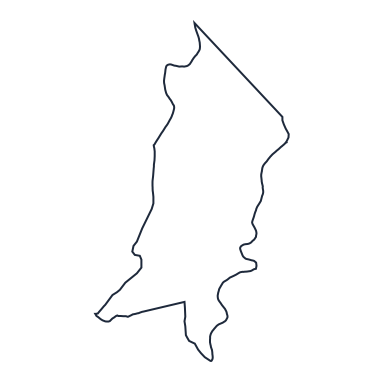 Morne Palama, Choiseul, Saint Lucia (Robinson projection)
{"feature_id": "8701671B53815212038994", "entity_name": "Morne Palama", "entity_type": "district", "adm_level": 2, "iso_a3": "LCA", "parent_name": "Saint Lucia", "parent_adm1": "Choiseul", "projection": "robinson", "projection_center": [-61.04, 13.788], "detail": "fine", "context": "isolated", "style": "outline", "palette": "slate", "viewbox_px": 384, "rotation_deg": 0, "n_neighbors": 0, "source": "geoboundaries", "source_scale": "gbopen_adm2", "svg_char_len": 6054}
<svg xmlns="http://www.w3.org/2000/svg" viewBox="0 0 384 384"><path d="M211.0,361.0L211.5,360.8L211.7,360.5L212.0,360.0L212.5,359.0L212.7,357.8L212.7,356.9L212.6,355.8L212.5,354.9L212.4,354.5L212.3,352.4L212.1,350.8L212.0,350.2L211.9,349.6L211.6,349.0L211.3,348.0L211.0,347.2L210.7,345.5L210.4,344.4L210.2,343.3L210.0,342.4L210.0,341.6L210.0,340.4L210.0,339.5L210.1,338.7L210.1,337.8L210.1,336.6L210.2,336.1L210.5,334.9L210.9,333.7L211.2,333.1L211.5,332.5L212.0,331.7L212.6,330.7L213.0,330.3L213.9,329.2L214.2,328.8L214.5,328.4L215.2,327.7L215.4,327.4L216.0,326.7L216.8,325.8L217.6,325.2L218.7,324.4L221.5,323.2L222.7,322.7L223.9,321.9L224.4,321.6L224.8,321.4L225.9,320.4L227.2,318.0L227.5,317.2L227.5,316.1L227.4,315.5L226.9,313.9L226.7,312.8L226.6,312.3L226.2,311.2L225.5,309.9L225.0,308.9L224.2,307.9L221.9,305.0L221.3,304.1L220.6,303.0L219.9,302.1L218.7,300.4L218.0,298.8L217.8,297.5L217.7,296.3L217.7,295.4L217.9,294.4L218.1,293.3L218.2,292.7L218.5,291.7L218.8,290.7L219.0,289.7L219.4,288.6L220.0,287.6L220.2,287.3L220.6,286.5L221.8,284.5L222.1,284.0L222.3,283.7L222.8,282.8L223.5,282.1L224.3,281.5L225.0,281.1L225.7,280.7L226.7,280.1L227.7,279.4L229.9,277.6L233.4,276.0L236.2,274.6L238.8,273.0L240.1,272.3L241.4,272.0L242.1,271.9L242.6,271.8L243.2,271.9L244.8,271.7L245.6,271.7L246.5,271.6L247.5,271.5L248.8,271.3L249.6,271.2L250.7,271.0L252.0,270.4L252.8,269.9L253.8,269.3L254.4,269.1L255.9,268.8L256.5,265.9L256.4,264.8L256.1,262.6L254.1,260.9L252.8,260.5L251.6,260.3L250.3,259.9L248.9,259.5L247.6,259.2L246.6,259.0L246.0,258.8L245.5,258.6L244.5,257.7L243.7,257.1L243.0,256.2L242.6,255.5L242.4,255.0L241.8,253.5L241.4,252.5L241.0,251.5L240.7,250.7L240.4,249.7L240.2,249.1L240.1,248.1L240.3,247.4L240.8,246.6L241.3,246.0L241.8,245.7L242.4,245.3L243.1,244.9L243.6,244.6L244.9,244.3L246.1,244.1L246.4,244.1L247.4,244.0L248.0,243.9L249.0,243.6L249.5,243.4L249.9,243.2L250.4,242.9L250.9,242.6L251.4,242.1L251.9,241.6L252.7,240.7L253.5,240.2L254.3,239.4L254.5,239.1L255.1,238.2L256.0,236.8L256.0,235.9L256.2,235.1L256.4,234.0L256.5,233.2L256.3,232.0L256.2,231.4L256.0,230.6L254.9,228.3L254.5,227.5L252.8,224.5L252.4,223.6L252.1,222.4L252.2,221.8L252.6,220.4L253.6,217.6L254.1,216.0L254.5,214.4L255.0,212.8L255.4,211.7L256.0,210.3L256.3,208.9L256.6,208.2L257.2,206.8L258.2,205.2L258.6,204.6L259.3,203.5L260.8,201.0L262.2,195.6L262.4,195.2L262.6,194.8L262.7,194.5L263.0,193.5L263.1,192.9L263.2,192.4L263.2,191.9L263.2,191.4L263.2,190.9L262.8,188.7L262.8,188.3L262.7,187.8L262.7,187.5L262.7,187.0L262.8,186.3L262.7,185.9L262.6,185.6L262.5,185.1L262.3,184.4L262.2,183.9L262.0,183.3L262.0,183.0L261.9,182.6L261.8,181.9L261.7,181.6L261.7,181.1L261.7,180.7L261.6,180.2L261.6,179.6L261.5,179.2L261.5,178.7L261.4,178.2L261.4,177.9L261.3,177.4L261.3,177.0L261.2,176.5L261.2,176.2L261.2,175.2L261.2,174.7L261.3,174.3L261.3,173.9L261.4,173.5L261.5,173.1L261.7,171.9L261.8,171.6L261.9,171.2L261.9,170.7L262.0,170.2L262.1,169.7L262.2,168.8L262.3,168.4L262.4,167.9L262.5,167.4L262.6,167.1L262.8,166.8L262.9,166.4L263.1,166.0L263.2,165.7L263.5,165.3L263.7,164.9L264.0,164.5L264.2,164.2L264.7,163.6L264.9,163.4L265.1,163.1L265.3,162.8L265.7,162.5L265.9,162.3L266.1,162.0L266.5,161.6L266.7,161.4L267.0,161.0L267.4,160.4L267.6,160.1L267.8,159.8L268.1,159.5L268.3,159.1L268.5,158.9L268.7,158.6L269.3,157.9L269.6,157.6L269.9,157.2L270.1,156.9L270.7,156.2L271.1,155.9L271.4,155.5L271.6,155.2L272.0,154.9L272.2,154.7L272.4,154.4L273.0,153.9L275.5,151.8L275.8,151.5L276.1,151.3L276.6,150.7L276.9,150.5L277.5,150.1L277.9,149.7L278.5,149.2L278.8,149.0L279.0,148.8L279.5,148.3L279.7,148.1L280.5,147.4L281.1,146.8L281.4,146.6L281.7,146.4L281.9,146.2L282.2,146.0L282.8,145.4L283.1,145.2L283.5,144.9L283.8,144.6L284.1,144.3L285.2,143.3L285.4,142.9L286.5,142.4L286.2,141.9L286.7,141.2L288.5,137.5L288.7,134.1L287.4,131.6L285.7,128.6L283.8,124.3L282.4,120.3L282.4,116.9L194.5,23.0L194.7,24.3L195.0,25.9L195.2,27.3L195.6,28.7L196.1,30.3L197.1,33.1L197.6,34.5L198.2,36.1L198.5,37.0L199.0,38.8L199.1,39.5L199.3,40.7L199.7,42.4L199.8,43.7L199.9,45.0L200.0,46.5L200.0,46.8L199.8,49.0L199.5,49.9L198.7,51.4L197.4,53.4L196.8,54.5L195.6,55.7L195.1,56.2L193.6,58.1L192.7,59.5L192.2,60.2L191.6,61.4L191.1,62.1L190.4,63.2L189.8,64.1L188.3,65.3L187.5,65.8L186.7,66.1L185.7,66.3L184.2,66.6L182.1,66.4L179.2,66.6L178.0,66.3L175.9,65.8L174.3,65.6L172.3,64.9L170.8,64.4L169.4,64.4L168.3,64.7L167.5,65.0L166.6,65.8L166.2,66.5L165.9,67.7L165.5,69.5L165.3,71.5L165.1,73.2L164.8,74.7L164.6,76.2L164.3,78.2L164.0,80.8L164.1,83.0L164.6,85.4L164.9,87.4L165.2,89.5L165.7,91.4L166.1,92.9L167.0,95.0L168.7,97.2L169.7,98.8L170.6,99.9L171.5,101.4L172.1,102.5L172.6,103.6L173.1,104.5L173.6,105.1L174.0,105.9L174.1,106.7L174.2,107.9L173.9,109.5L173.3,111.8L172.7,113.9L172.4,114.4L171.7,116.4L170.9,118.1L169.9,119.8L169.2,121.1L168.3,122.8L167.5,124.2L166.6,125.5L165.6,126.8L164.3,128.9L163.0,131.0L161.3,133.4L159.4,136.5L158.3,138.3L157.3,139.8L156.4,141.2L155.3,143.0L154.7,144.1L154.2,144.7L153.7,145.2L154.0,147.0L154.3,148.2L154.5,149.8L154.7,151.4L154.7,153.6L154.7,156.1L154.6,158.1L154.5,160.3L154.2,162.5L153.9,164.8L153.9,166.6L153.7,168.4L153.1,176.1L152.8,178.7L152.6,180.3L152.5,181.8L152.5,183.6L152.5,185.8L152.6,187.3L152.6,188.5L152.7,190.8L152.9,192.1L153.1,193.9L153.4,196.9L153.4,203.4L151.7,209.0L142.2,228.4L136.9,241.6L133.5,245.9L132.3,251.6L134.8,254.9L139.8,255.8L141.4,259.6L141.4,267.6L136.9,273.3L125.3,282.7L119.9,289.8L117.0,292.2L112.5,295.0L105.2,304.9L103.9,306.2L100.9,309.8L98.8,312.2L97.8,313.5L95.6,313.9L95.3,313.9L96.5,316.0L98.2,317.1L100.6,319.1L102.5,320.3L105.3,321.4L106.4,321.5L108.6,321.5L109.8,321.1L112.4,318.5L113.9,317.6L115.9,316.1L116.9,315.6L117.5,315.5L118.2,316.0L120.7,316.0L123.3,316.2L125.9,316.2L127.9,316.8L129.2,316.2L131.5,315.1L132.7,314.4L135.4,313.9L137.6,313.3L138.5,313.2L140.2,312.5L142.2,311.8L143.3,311.6L184.5,301.9L184.9,307.4L185.3,316.7L184.5,321.3L185.3,326.3L185.9,335.2L187.2,337.6L189.1,340.9L192.2,342.4L194.8,343.6L198.1,349.6L201.0,353.2L204.8,357.2L210.3,360.8L211.0,361.0Z" fill="none" stroke="#1e293b" stroke-width="2"/></svg>